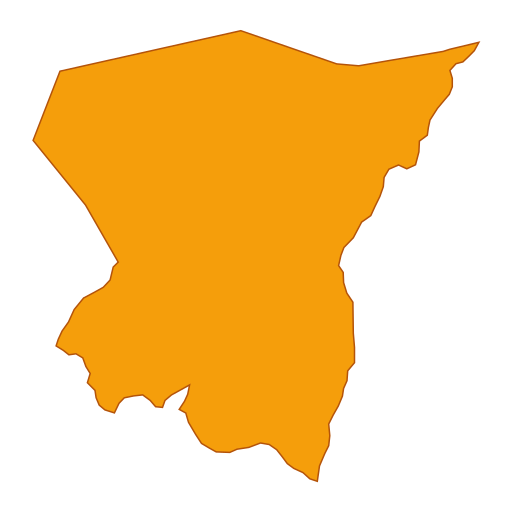 Gandu, Bahia, Brazil (Albers equal-area conic projection)
{"feature_id": "56859067B69626840226512", "entity_name": "Gandu", "entity_type": "district", "adm_level": 2, "iso_a3": "BRA", "parent_name": "Brazil", "parent_adm1": "Bahia", "projection": "albers", "projection_center": [-39.469, -13.802], "detail": "fine", "context": "isolated", "style": "filled", "palette": "amber", "viewbox_px": 512, "rotation_deg": 0, "n_neighbors": 0, "source": "geoboundaries", "source_scale": "gbopen_adm2", "svg_char_len": 1449}
<svg xmlns="http://www.w3.org/2000/svg" viewBox="0 0 512 512"><path d="M336.7,63.9L289.0,47.4L240.8,30.7L60.0,71.2L33.1,140.4L85.5,205.0L118.2,262.1L113.2,267.1L110.1,280.0L103.3,287.3L93.4,292.8L83.6,298.0L74.2,309.5L68.5,322.0L62.1,331.0L58.3,339.2L56.1,345.9L63.2,350.3L68.9,354.8L76.0,353.8L82.8,357.9L85.9,366.5L90.2,373.5L87.4,382.7L95.0,390.4L96.1,397.7L99.2,405.1L104.9,409.9L114.4,412.9L119.0,403.3L124.3,397.8L133.7,395.9L142.7,394.9L150.2,400.4L155.6,406.7L162.5,407.4L165.0,400.4L171.5,394.9L189.6,384.9L187.7,394.3L184.5,401.3L179.2,409.4L185.8,413.0L188.5,422.3L195.7,434.5L201.5,443.4L209.4,448.1L216.2,451.9L229.8,452.4L237.0,449.2L248.8,447.4L260.5,443.0L269.2,444.5L276.7,449.7L282.5,457.1L287.3,463.6L293.8,468.4L303.0,472.6L309.8,478.8L317.3,481.3L319.5,465.9L324.8,453.5L328.7,445.7L329.8,435.7L328.7,424.0L333.2,415.0L338.3,406.0L342.4,396.2L343.6,388.4L347.0,380.7L347.7,370.8L354.5,362.7L354.5,347.5L353.3,333.1L352.9,302.2L346.8,293.1L343.6,282.6L343.2,272.4L338.6,265.6L340.9,255.4L343.9,247.5L353.3,237.8L361.6,222.1L370.8,215.6L374.9,206.6L379.9,196.4L383.3,186.7L384.1,177.4L388.9,169.2L398.5,165.0L406.8,168.8L415.5,164.8L418.9,151.9L419.4,141.1L427.3,135.2L428.4,127.4L430.0,120.0L437.5,108.3L444.6,99.8L449.3,94.3L452.3,86.8L452.3,78.3L449.9,70.4L456.0,63.7L462.9,61.9L469.0,56.1L474.3,50.7L478.9,42.3L449.7,49.3L443.2,51.4L391.2,60.2L358.7,65.8L336.7,63.9Z" fill="#f59e0b" stroke="#b45309" stroke-width="1.5"/></svg>